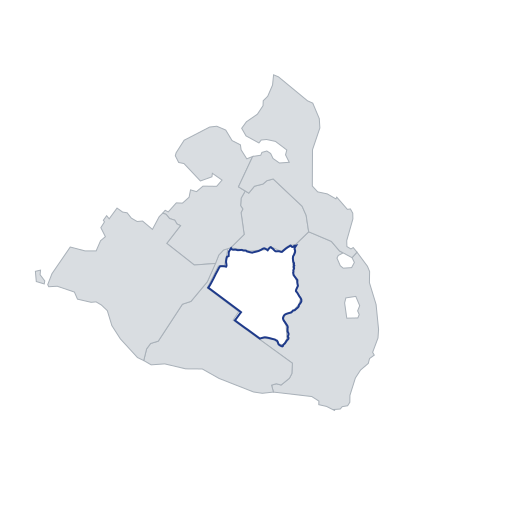 map of Botswana with South Africa, Zimbabwe, Namibia and 3 others greyed out, rotated 308°
{"feature_id": "BWA", "entity_name": "Botswana", "entity_type": "country or territory", "adm_level": 0, "iso_a3": "BWA", "parent_name": "Africa", "parent_adm1": "", "projection": "orthographic", "projection_center": [24.585, -22.321], "detail": "fine", "context": "with_neighbors", "style": "outline", "palette": "blue", "viewbox_px": 512, "rotation_deg": 308, "n_neighbors": 6, "source": "natural_earth", "source_scale": "50m", "svg_char_len": 6523}
<svg xmlns="http://www.w3.org/2000/svg" viewBox="0 0 512 512"><g transform="rotate(308 256 256)"><path d="M159.5,353.5L163.8,347.8L167.8,350.6L169.8,355.2L180.3,357.6L185.5,356.6L193.9,350.7L192.4,309.8L195.2,311.4L201.5,321.8L200.7,328.5L203.1,332.4L210.1,331.1L219.7,322.6L222.0,317.3L226.9,314.7L235.9,319.1L244.1,319.6L250.5,317.1L253.4,308.3L258.9,307.5L265.5,296.0L274.8,287.9L289.5,280.1L307.5,282.6L313.9,306.4L311.4,318.7L312.0,322.7L307.1,320.5L304.2,321.1L300.2,328.4L300.1,332.2L305.7,338.5L311.5,337.5L313.8,332.7L321.2,333.2L316.5,350.2L313.7,355.1L304.8,361.8L291.7,380.5L273.6,397.8L266.5,402.6L251.9,407.2L250.7,410.2L245.1,408.6L240.5,410.6L230.5,408.6L221.1,409.4L204.0,415.8L198.5,420.0L194.4,420.4L190.4,416.7L187.3,416.6L183.0,411.9L182.7,413.4L180.9,404.2L177.5,397.0L180.4,394.9L179.6,386.5L159.5,353.5ZM285.6,359.5L278.3,352.6L273.6,354.7L262.9,365.8L269.9,374.4L273.4,373.4L275.3,369.9L280.7,368.3L285.6,359.5Z" fill="#d9dde1" stroke="#a8b0b8" stroke-width="1"/><path d="M307.5,282.6L289.5,280.1L283.1,274.9L275.2,273.0L272.4,262.0L267.9,260.7L256.3,248.3L246.9,231.0L265.7,233.4L281.0,217.5L284.9,216.7L286.2,212.9L292.4,208.7L300.5,207.5L301.1,211.6L310.0,211.8L317.0,217.2L322.0,218.2L327.3,222.1L323.6,261.7L318.9,270.5L307.5,282.6Z" fill="#d9dde1" stroke="#a8b0b8" stroke-width="1"/><path d="M191.4,277.4L193.9,350.7L185.5,356.6L180.3,357.6L169.8,355.2L167.8,350.6L163.8,347.8L159.5,353.5L151.7,345.5L147.3,337.7L136.8,302.4L133.9,283.2L123.8,270.1L114.8,250.5L105.7,240.4L104.5,231.9L115.4,227.0L122.2,226.8L128.7,231.4L172.7,227.7L180.2,232.7L205.8,233.5L233.8,226.1L240.7,226.7L244.9,229.2L229.1,237.0L225.0,232.5L200.9,237.2L201.5,276.7L191.4,277.4Z" fill="#d9dde1" stroke="#a8b0b8" stroke-width="1"/><path d="M303.0,128.1L329.1,140.1L334.1,145.2L336.6,154.6L332.2,166.1L334.0,175.3L330.5,178.9L326.9,188.9L332.4,192.1L299.7,199.6L300.5,207.5L292.4,208.7L286.2,212.9L284.9,216.7L281.0,217.5L265.7,233.4L246.9,231.0L240.7,226.7L233.8,226.1L225.2,228.7L210.9,212.9L211.0,177.9L233.5,177.8L232.6,174.0L234.2,169.9L232.3,164.8L233.5,159.5L232.3,156.1L236.1,156.3L236.7,159.7L248.8,160.5L252.4,165.5L261.1,167.1L267.8,163.7L270.1,169.5L278.4,171.2L286.7,182.1L294.9,182.5L294.3,170.7L291.3,172.5L280.9,166.0L284.5,142.3L282.1,137.5L285.3,130.7L288.2,129.5L303.0,128.1Z" fill="#d9dde1" stroke="#a8b0b8" stroke-width="1"/><path d="M347.8,166.1L355.9,165.8L368.6,169.8L378.8,169.0L382.8,166.1L389.1,166.9L400.9,163.8L409.6,158.3L411.0,163.4L410.0,201.0L411.4,206.6L403.2,221.3L396.2,227.5L374.5,235.1L345.8,257.3L344.5,265.1L348.8,273.9L350.2,283.8L352.1,283.4L349.0,299.3L351.2,301.4L349.3,305.9L344.9,309.5L324.0,318.0L319.4,321.8L320.0,326.5L322.5,327.4L321.2,333.2L313.8,332.7L311.4,318.7L313.9,306.4L307.5,282.6L318.9,270.5L323.6,261.7L327.3,222.1L322.0,218.2L317.0,217.2L310.0,211.8L301.1,211.6L299.7,199.6L332.4,192.1L338.3,197.7L341.3,196.9L345.4,199.9L345.8,204.4L343.3,209.4L343.7,217.2L350.3,224.5L353.9,217.0L358.5,215.0L358.3,200.8L354.3,192.6L350.6,188.7L346.9,188.7L344.5,174.2L347.8,166.1Z" fill="#d9dde1" stroke="#a8b0b8" stroke-width="1"/><path d="M112.2,94.9L108.3,97.4L106.3,104.9L103.6,106.3L100.6,98.6L108.1,91.6L112.2,94.9ZM105.2,109.5L116.5,106.1L148.7,104.1L154.8,118.2L161.6,126.9L172.4,124.1L178.5,125.4L182.8,116.3L189.6,115.6L190.2,113.7L195.8,113.5L194.9,117.4L208.2,117.0L208.5,123.8L210.7,127.9L209.1,134.4L210.0,141.1L213.7,145.1L213.2,158.0L227.4,155.5L232.3,156.1L233.5,159.5L232.3,164.8L234.2,169.9L232.6,174.0L233.5,177.8L211.0,177.9L210.9,212.9L225.2,228.7L205.8,233.5L180.2,232.7L172.7,227.7L128.7,231.4L122.2,226.8L115.4,227.0L104.5,231.9L103.0,225.1L107.2,200.1L112.4,185.3L121.4,172.5L122.2,164.4L121.4,158.2L118.0,154.6L112.1,141.9L115.8,135.1L109.8,118.0L104.2,111.6L105.2,109.5Z" fill="#d9dde1" stroke="#a8b0b8" stroke-width="1"/><path d="M246.8,231.6L246.6,232.2L246.4,233.0L246.6,233.6L247.1,234.4L247.7,235.1L248.1,235.5L248.7,236.5L249.2,237.8L250.0,238.8L252.1,241.1L252.3,242.0L252.6,242.8L253.9,244.4L254.1,244.9L254.0,246.0L255.4,249.2L256.3,251.0L257.0,251.4L259.5,253.4L261.6,255.0L264.0,256.2L265.9,256.9L266.7,257.4L267.2,257.9L267.5,258.9L267.7,260.6L267.7,261.7L269.7,261.6L271.3,261.8L271.9,262.0L272.1,262.3L272.0,263.0L272.0,264.1L272.1,264.9L271.9,265.8L271.8,266.9L271.7,268.2L271.9,268.8L273.4,270.5L274.1,271.6L274.7,273.2L275.1,273.8L275.4,274.0L276.8,274.2L280.4,275.0L282.6,275.7L284.4,276.4L285.1,276.5L285.5,276.7L285.6,276.9L285.3,278.3L285.4,278.8L285.6,279.2L285.9,279.5L286.2,279.7L287.6,279.9L288.3,280.8L288.8,281.2L286.4,281.4L285.2,282.1L284.5,283.3L283.3,284.3L281.9,284.8L280.3,285.2L278.6,285.4L276.8,286.5L274.9,288.4L273.9,289.7L273.9,290.2L273.5,290.6L272.7,291.0L272.2,291.4L272.1,292.0L271.7,292.2L270.9,292.2L270.4,292.5L270.1,293.3L269.4,293.8L268.4,294.0L267.5,294.4L266.8,295.1L266.2,295.5L265.8,295.5L265.2,296.1L264.1,297.4L263.9,298.1L262.5,303.4L261.7,304.0L260.3,305.1L259.1,306.4L258.6,307.1L258.0,307.5L255.3,308.1L254.3,308.4L253.1,308.9L252.8,309.3L252.5,311.0L251.6,313.3L250.9,315.0L250.5,316.5L249.7,318.4L249.0,319.0L248.3,319.6L247.3,319.9L246.0,320.0L244.8,320.0L243.8,320.0L242.5,320.7L241.3,320.7L239.4,320.3L237.8,320.0L237.1,319.9L235.8,318.7L234.9,318.7L233.5,318.6L232.8,318.3L232.1,317.7L230.5,316.5L229.0,315.5L227.7,314.9L226.4,314.7L225.3,314.9L224.3,315.2L224.0,315.3L223.3,315.8L222.6,316.8L222.0,318.4L221.8,319.3L221.1,321.3L220.3,323.7L219.9,324.3L219.4,324.9L218.6,325.3L216.1,327.2L214.9,329.4L214.1,330.0L213.2,330.3L212.4,330.5L211.9,330.9L211.5,332.0L211.0,332.3L210.6,332.5L209.1,332.4L208.7,332.3L204.9,332.6L203.7,332.3L202.9,332.2L201.6,332.6L201.0,332.4L200.6,331.5L200.3,329.7L200.3,328.2L201.0,327.0L201.6,326.2L202.1,325.0L202.2,324.5L202.0,324.1L201.9,323.2L201.8,322.3L200.9,320.3L199.8,317.6L198.4,314.7L197.9,313.8L197.0,312.6L193.8,310.2L193.3,309.9L193.3,309.6L193.2,307.2L193.1,304.0L193.0,300.8L192.9,297.6L192.8,294.5L192.6,291.3L192.5,288.1L192.4,284.9L192.3,281.7L192.3,279.0L194.6,279.0L197.5,278.9L200.9,278.8L202.5,278.8L202.5,278.3L202.5,276.4L202.4,271.8L202.3,267.3L202.2,262.8L202.1,258.2L202.0,253.7L201.9,249.2L201.8,244.6L201.7,240.1L201.6,237.9L204.3,237.7L207.5,237.2L212.5,236.3L217.2,235.3L220.3,234.8L224.0,234.1L225.3,234.0L225.6,234.0L226.1,234.3L227.8,236.5L228.9,238.2L229.1,239.0L229.3,239.0L229.8,238.9L230.4,238.6L232.1,236.9L232.4,236.5L233.5,235.6L234.9,234.8L236.1,234.2L237.3,233.7L237.9,233.8L238.5,234.2L239.1,234.5L241.9,232.4L243.1,231.9L246.4,231.6L246.8,231.6Z" fill="none" stroke="#1e3a8a" stroke-width="2"/></g></svg>